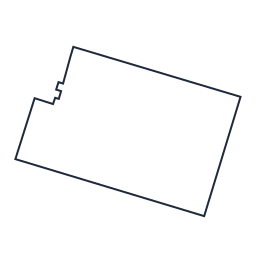 Duval, Texas, United States of America (Mercator projection), rotated 107°
{"feature_id": "52423323B38482742195031", "entity_name": "Duval", "entity_type": "district", "adm_level": 2, "iso_a3": "USA", "parent_name": "United States of America", "parent_adm1": "Texas", "projection": "mercator", "projection_center": [-98.531, 27.66], "detail": "fine", "context": "isolated", "style": "outline", "palette": "slate", "viewbox_px": 256, "rotation_deg": 107, "n_neighbors": 0, "source": "geoboundaries", "source_scale": "gbopen_adm2", "svg_char_len": 339}
<svg xmlns="http://www.w3.org/2000/svg" viewBox="0 0 256 256"><g transform="rotate(107 128 128)"><path d="M190.0,29.4L168.3,29.4L65.3,29.5L66.4,204.0L76.9,203.9L104.5,203.1L104.5,207.9L112.3,207.9L112.3,202.8L120.4,202.7L120.4,206.5L127.0,206.7L126.8,226.0L190.7,226.6L190.0,29.4Z" fill="none" stroke="#1e293b" stroke-width="2"/></g></svg>